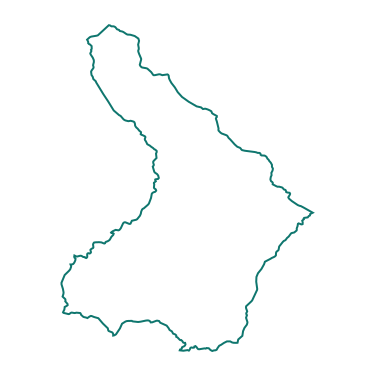 Soibada, Manatuto, East Timor (Natural Earth projection), rotated 275°
{"feature_id": "22284137B69618697341021", "entity_name": "Soibada", "entity_type": "district", "adm_level": 2, "iso_a3": "TLS", "parent_name": "East Timor", "parent_adm1": "Manatuto", "projection": "natural_earth1", "projection_center": [125.93, -8.852], "detail": "fine", "context": "isolated", "style": "outline", "palette": "teal", "viewbox_px": 384, "rotation_deg": 275, "n_neighbors": 0, "source": "geoboundaries", "source_scale": "gbopen_adm2", "svg_char_len": 5915}
<svg xmlns="http://www.w3.org/2000/svg" viewBox="0 0 384 384"><g transform="rotate(275 192 192)"><path d="M334.6,74.2L333.0,75.3L332.1,75.6L331.2,75.6L330.4,76.5L330.1,77.5L328.6,79.3L325.9,79.6L324.7,79.0L324.1,79.4L323.2,79.4L322.2,78.9L321.1,78.6L320.1,79.1L317.2,81.4L315.0,82.6L314.1,82.8L312.8,82.9L309.7,82.4L307.7,83.1L306.7,82.9L304.3,81.4L303.0,81.0L299.8,81.7L298.2,83.0L295.9,83.9L293.9,86.5L292.8,87.0L281.8,95.1L274.9,100.6L266.4,106.9L262.2,112.7L261.6,114.2L258.3,117.6L257.5,119.3L257.0,122.4L257.6,124.7L257.4,125.9L257.0,127.8L256.4,128.6L254.7,129.3L253.3,129.5L252.3,130.1L251.4,130.9L250.3,132.4L248.3,134.3L247.4,135.8L246.4,136.1L245.2,135.8L244.6,136.6L244.4,137.6L243.4,140.2L242.9,140.7L242.2,140.8L241.1,140.4L240.4,140.4L239.6,140.7L238.4,141.7L235.7,143.3L234.5,146.0L233.5,147.4L232.4,149.4L231.3,150.7L230.9,151.9L229.7,153.3L228.5,153.3L227.1,152.8L222.8,153.7L219.6,151.1L218.6,150.7L217.5,150.9L215.8,151.6L215.1,151.5L213.9,150.7L209.0,152.6L208.2,153.2L206.7,155.8L205.4,156.9L203.1,157.7L202.1,157.1L201.4,154.4L200.8,154.2L199.5,155.0L197.9,153.3L197.2,153.3L196.5,153.7L193.0,153.7L192.4,154.1L191.4,155.7L190.2,156.2L189.0,155.3L188.3,153.6L187.6,152.7L186.7,152.1L182.5,151.7L176.8,150.1L175.8,149.5L174.6,148.4L171.5,145.4L170.9,144.4L170.2,143.8L168.0,143.1L165.9,142.9L163.8,142.2L160.1,139.7L159.5,138.8L158.1,134.6L155.1,133.5L154.8,132.9L154.8,132.1L156.0,128.3L155.9,127.3L155.5,126.7L154.8,126.1L149.6,124.2L147.9,123.0L147.4,122.1L147.6,119.2L145.9,116.3L144.6,114.9L144.1,115.3L144.1,117.0L143.7,117.6L142.4,117.3L140.3,115.6L137.4,114.3L136.7,113.7L135.6,112.3L134.9,110.7L134.3,110.1L133.5,109.9L133.1,109.4L133.1,108.7L133.9,106.1L133.9,103.8L133.4,99.8L133.0,98.7L132.0,98.2L131.0,98.0L128.3,98.6L127.7,98.4L126.5,96.7L125.7,95.9L125.2,95.9L123.3,96.6L122.6,96.4L121.8,95.5L122.0,94.1L121.7,93.4L121.0,93.0L118.2,93.3L117.5,93.0L117.0,92.4L117.2,91.4L117.8,90.9L117.8,89.3L118.7,87.5L118.8,86.7L118.6,85.7L117.7,83.2L117.7,82.4L118.5,80.4L117.3,80.3L116.4,80.6L115.4,81.8L113.7,81.7L111.4,80.9L110.0,80.0L109.4,78.8L109.2,77.3L107.8,78.0L107.0,78.1L104.3,77.4L102.6,76.2L98.2,72.4L90.2,69.9L88.5,70.1L84.1,71.9L80.8,72.8L79.3,72.8L76.5,72.2L74.2,75.1L73.3,75.4L72.0,75.3L69.7,77.7L68.5,78.0L67.6,77.1L66.4,75.2L63.8,75.1L60.9,74.0L60.4,74.5L59.6,79.6L59.8,80.4L61.1,81.9L61.4,82.7L61.2,84.9L61.2,85.9L61.7,87.3L61.7,91.0L61.3,91.6L59.9,92.3L58.1,94.7L57.9,95.8L57.7,97.4L57.3,98.8L59.0,100.8L59.7,102.0L59.7,102.8L58.9,105.5L58.1,109.7L53.2,114.7L48.9,120.0L46.7,120.7L46.2,121.3L45.2,124.7L44.8,125.2L43.8,125.8L42.1,126.0L42.5,127.2L43.6,128.7L49.8,132.1L54.7,133.8L57.0,136.8L57.6,137.9L57.9,139.1L58.4,143.3L58.0,143.9L57.9,145.2L57.8,149.6L58.3,152.0L59.9,157.3L60.2,158.9L60.2,160.1L59.7,161.2L59.2,161.8L58.5,162.2L58.7,163.7L60.6,167.7L60.8,168.5L60.6,170.4L59.0,171.8L56.7,178.4L54.4,180.5L52.6,181.7L51.4,184.1L49.3,185.5L48.6,187.8L47.8,188.8L46.4,188.9L45.9,190.2L43.7,192.7L43.4,193.3L43.6,194.1L42.7,195.3L41.3,196.3L41.0,197.2L41.1,198.3L39.7,198.8L38.5,198.4L37.6,197.6L37.2,196.8L36.3,195.5L35.4,195.5L34.3,194.8L34.0,193.8L33.2,193.6L33.1,197.2L34.1,201.3L33.7,202.7L34.9,203.5L36.7,204.1L37.1,205.0L36.9,206.5L37.3,207.7L38.3,207.8L38.8,208.9L37.7,210.2L36.6,211.1L36.0,211.9L36.0,213.0L37.3,218.1L37.2,219.4L37.8,220.0L37.8,221.3L37.8,222.3L36.2,224.2L35.4,226.0L36.1,227.7L36.4,229.3L37.0,230.3L38.8,231.1L41.2,232.5L42.3,234.3L44.4,236.9L46.2,239.8L46.5,243.1L45.6,245.1L45.4,246.9L45.6,249.3L45.8,250.5L49.1,250.9L53.1,254.7L57.8,255.0L61.2,256.1L64.6,258.2L66.6,258.6L67.4,258.5L71.4,256.8L74.1,257.5L74.5,257.0L75.9,256.6L77.9,257.4L80.7,256.1L81.9,255.8L82.9,255.9L88.5,260.9L89.5,261.5L100.2,265.4L101.2,265.4L108.2,263.8L113.0,263.6L116.8,264.8L121.4,267.9L126.3,270.1L128.9,270.7L132.4,276.2L133.1,277.0L134.5,279.5L135.3,280.5L136.2,281.1L138.7,281.0L139.9,281.4L141.4,283.0L142.0,283.3L145.3,283.6L150.3,286.9L151.2,287.7L152.2,289.3L154.5,290.7L156.0,292.2L159.4,294.3L159.8,294.9L160.6,297.4L162.7,299.5L163.4,299.7L164.6,299.5L165.7,299.7L166.9,300.1L169.5,300.3L170.0,300.9L169.7,302.3L169.3,303.5L169.3,304.3L169.7,305.0L171.5,304.9L173.1,304.3L174.6,305.8L175.2,305.5L176.0,306.0L176.8,309.5L178.2,310.4L178.9,311.5L180.4,311.7L181.9,314.1L186.3,304.4L187.5,301.5L187.6,300.4L188.2,298.5L191.7,292.2L193.7,289.4L194.5,288.7L195.2,288.4L197.8,289.7L198.7,289.9L199.7,289.3L199.8,287.0L200.1,285.9L200.7,285.8L202.2,284.9L202.6,283.3L204.2,281.7L204.5,280.7L204.7,279.4L204.9,278.3L204.7,276.8L205.1,275.5L206.7,271.7L208.1,271.7L208.9,271.1L209.6,269.9L210.4,269.4L211.5,269.0L213.9,269.2L215.6,269.8L218.0,269.4L220.1,270.3L221.2,270.5L222.5,270.5L223.8,269.6L224.4,269.4L226.0,269.3L228.1,267.9L229.6,266.3L230.9,265.4L231.8,264.2L233.2,263.4L233.9,262.6L234.6,261.2L234.5,258.0L235.1,257.1L235.8,257.0L236.4,256.6L236.8,255.9L236.7,253.8L237.1,252.7L237.3,250.9L237.7,241.1L238.1,238.2L238.7,237.4L239.7,236.6L240.2,235.9L241.0,233.2L243.1,230.4L247.7,225.5L249.0,223.8L251.0,222.3L251.5,221.5L252.9,216.4L253.7,215.1L255.4,213.2L256.1,212.9L257.6,212.9L264.4,210.6L267.1,209.4L268.0,209.6L268.9,210.2L269.9,210.1L271.5,206.4L272.2,205.2L274.1,204.2L274.9,202.5L275.6,200.5L276.1,198.3L276.1,197.6L275.6,195.7L277.1,193.6L277.7,189.2L281.6,180.9L285.8,173.8L290.2,169.1L294.7,165.8L298.8,162.0L301.6,160.1L303.3,159.2L305.9,158.6L306.7,158.0L307.0,157.3L305.8,152.2L306.4,150.1L306.4,148.9L305.2,145.0L305.0,143.8L305.3,143.1L307.9,140.9L311.0,136.8L311.3,135.7L311.7,131.4L312.4,130.2L313.4,129.3L314.2,128.9L319.5,129.8L320.4,129.7L325.1,127.2L327.1,126.3L328.0,126.1L329.7,126.5L330.9,126.4L334.1,125.5L337.9,126.1L340.2,125.2L342.4,121.3L343.3,116.8L343.2,114.2L343.5,113.1L345.4,109.7L345.8,108.5L346.1,106.1L347.1,105.1L347.6,103.1L349.5,101.3L350.0,100.3L350.2,99.3L350.0,97.3L350.8,95.8L350.9,94.6L339.9,84.6L339.4,83.4L338.0,78.0L337.2,76.6L334.6,74.2Z" fill="none" stroke="#0f766e" stroke-width="2"/></g></svg>